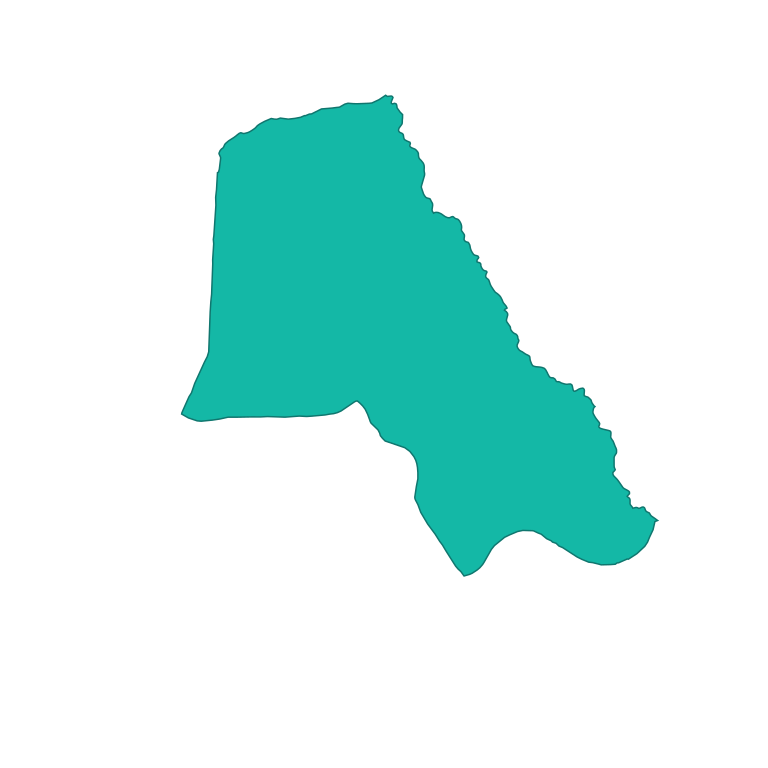 Joyabaj, Quiché, Guatemala, rotated 233°
{"feature_id": "79465075B91239548931928", "entity_name": "Joyabaj", "entity_type": "district", "adm_level": 2, "iso_a3": "GTM", "parent_name": "Guatemala", "parent_adm1": "Quiché", "projection": "robinson", "projection_center": [-90.834, 15.008], "detail": "fine", "context": "isolated", "style": "filled", "palette": "teal", "viewbox_px": 768, "rotation_deg": 233, "n_neighbors": 0, "source": "geoboundaries", "source_scale": "gbopen_adm2", "svg_char_len": 6166}
<svg xmlns="http://www.w3.org/2000/svg" viewBox="0 0 768 768"><g transform="rotate(233 384 384)"><path d="M118.6,440.2L115.8,443.1L110.9,447.1L108.9,448.6L103.4,456.3L100.9,460.2L100.8,462.6L100.0,463.8L97.9,472.8L97.0,473.8L96.3,483.9L97.4,494.5L99.1,499.3L101.8,503.8L105.7,511.2L111.1,517.6L110.3,520.4L113.4,519.5L117.6,518.1L118.7,518.0L121.3,518.3L123.8,517.0L124.6,516.8L125.6,516.8L128.0,517.5L128.7,517.5L129.9,516.9L130.5,515.6L130.8,513.8L131.3,512.6L132.4,512.1L133.2,511.6L133.9,510.7L135.0,508.0L136.0,508.2L139.2,508.1L140.4,508.5L143.0,510.5L144.1,511.1L145.4,511.2L146.7,510.7L148.0,510.6L148.5,513.1L148.6,514.0L150.0,515.0L151.0,515.0L152.4,514.5L156.1,512.8L157.5,512.5L164.5,512.8L167.5,512.8L172.3,512.2L173.7,512.4L174.6,512.8L175.6,513.6L176.0,516.0L176.4,517.1L179.0,517.8L180.4,518.7L186.8,523.5L187.8,524.9L188.9,527.9L189.6,528.7L191.5,530.1L193.2,530.7L194.8,531.0L199.4,532.3L200.7,532.6L202.3,532.6L204.8,532.9L205.6,533.4L206.3,534.1L208.3,535.8L209.3,536.3L210.6,536.2L211.7,535.4L216.2,531.7L218.1,530.3L218.9,529.9L220.0,529.7L221.0,530.1L221.7,531.5L222.6,532.4L223.8,532.7L228.9,532.6L231.4,532.8L234.5,533.3L235.6,533.8L236.5,534.5L238.3,536.5L238.9,537.7L239.0,538.9L240.2,538.6L243.3,538.7L244.7,539.0L246.0,539.5L246.8,539.7L247.6,539.6L250.4,539.1L251.2,538.7L252.8,537.5L254.2,536.9L255.3,537.6L258.0,540.0L259.2,540.6L260.4,540.6L261.1,540.2L261.8,538.9L262.2,538.1L262.7,536.4L262.9,534.0L263.3,532.1L264.0,531.4L265.3,531.4L269.1,533.2L270.4,533.5L271.7,533.0L272.6,531.8L273.5,530.2L274.2,529.3L275.3,528.3L278.0,526.3L279.9,525.5L280.8,524.8L281.4,523.9L282.3,523.2L284.0,523.4L285.3,523.5L287.1,522.8L288.1,521.6L289.1,520.8L289.9,520.5L290.6,520.5L291.5,520.6L293.6,520.9L294.7,521.2L297.6,521.6L298.5,521.7L300.2,521.4L302.2,520.1L303.7,518.7L306.3,515.8L307.7,514.6L309.1,513.8L310.9,513.9L314.2,514.8L315.8,515.5L317.8,516.7L318.7,516.9L320.4,516.3L322.6,515.1L326.5,513.8L327.9,513.1L329.3,512.5L331.6,512.4L333.1,512.7L334.2,513.1L335.1,513.9L336.8,516.9L337.4,517.7L338.2,518.1L339.2,518.2L340.3,518.6L341.2,519.2L342.1,519.5L343.1,519.6L344.4,519.4L345.8,518.6L347.3,518.1L348.3,517.9L349.9,517.9L350.7,517.9L352.0,518.3L353.1,519.0L354.0,519.3L359.8,519.5L360.9,519.9L361.9,520.8L364.7,524.4L366.1,525.2L368.2,525.2L370.5,524.6L370.9,525.8L370.7,526.6L370.6,528.0L372.7,528.4L376.8,528.2L377.7,528.3L380.2,529.0L383.2,529.5L384.9,529.5L386.7,529.2L388.6,528.7L390.0,528.2L390.8,528.1L392.7,528.1L397.4,528.4L399.5,528.8L403.4,530.1L404.6,530.3L405.8,529.9L407.5,529.6L408.5,529.8L409.4,530.5L410.1,531.3L411.4,533.6L412.4,533.7L414.5,532.2L415.4,531.9L416.8,531.8L418.4,532.0L419.9,532.4L421.6,533.5L422.6,533.6L423.6,533.2L424.6,532.3L425.7,531.8L426.8,532.7L427.4,533.8L427.6,535.0L428.1,535.8L429.6,536.0L430.8,535.2L432.4,533.9L433.7,533.5L435.8,533.6L438.0,533.9L440.2,534.6L442.8,535.9L443.6,536.2L445.8,536.5L446.6,536.4L447.8,535.4L448.9,534.8L450.4,534.7L451.4,535.0L453.6,537.2L454.6,537.9L455.9,538.1L459.7,538.2L460.6,538.6L461.4,539.4L462.5,540.4L463.8,541.2L465.3,541.8L466.5,542.1L468.5,542.4L470.4,542.3L471.3,542.0L473.0,540.7L474.4,540.2L475.5,540.1L476.3,539.7L476.8,538.7L477.4,536.2L478.6,534.9L480.8,533.6L484.9,532.3L485.9,531.9L488.3,530.5L489.7,529.0L490.4,527.7L490.6,526.4L493.0,526.6L494.2,527.2L497.3,530.3L498.6,531.2L499.7,531.5L501.4,531.7L504.0,532.2L505.0,531.7L505.9,530.9L507.2,530.0L508.2,529.7L509.7,529.7L511.8,529.9L516.7,531.5L518.9,532.3L520.0,533.6L524.2,539.2L525.7,541.2L526.5,542.2L527.8,543.2L529.1,543.8L530.6,544.7L532.9,546.6L534.3,547.5L535.5,548.0L537.1,548.3L540.1,548.2L542.5,547.9L543.9,548.1L545.5,548.9L547.6,550.3L549.1,550.6L551.3,550.5L552.9,550.1L555.6,548.5L557.1,547.8L558.0,547.7L559.0,548.1L560.1,549.7L561.4,550.2L564.2,548.6L566.2,547.7L567.5,547.5L569.0,548.1L571.2,549.3L572.1,549.5L573.2,549.3L575.6,548.0L576.8,547.9L577.9,548.3L578.5,548.9L579.2,549.8L579.9,551.9L580.3,553.3L580.9,555.0L582.0,556.1L583.8,557.5L585.3,558.9L588.0,561.0L589.3,560.8L591.5,560.5L595.8,560.6L596.9,560.7L598.1,561.5L599.4,562.1L600.3,562.3L601.7,561.5L602.1,560.7L602.5,559.4L603.6,558.8L604.5,559.2L605.2,560.0L606.7,562.5L607.4,563.6L608.5,563.7L609.4,563.3L610.1,562.4L610.9,561.0L611.8,559.6L613.6,559.1L614.1,551.0L615.7,543.5L617.1,541.1L623.9,531.3L626.1,528.5L629.9,524.2L631.1,521.2L631.9,515.0L633.6,512.2L635.5,508.8L641.3,499.6L643.3,488.7L644.5,486.8L645.6,482.6L646.2,482.0L647.2,477.9L649.7,472.8L653.1,467.0L658.8,461.2L659.9,457.8L661.4,456.0L663.9,453.7L665.6,446.8L666.4,441.5L666.5,439.7L666.5,438.2L666.0,435.8L665.9,434.6L666.0,431.5L666.3,428.4L666.8,426.4L668.0,423.5L668.7,422.4L670.8,420.9L671.3,419.3L671.3,416.6L671.2,415.4L671.2,412.7L671.7,406.2L671.5,402.7L671.3,401.4L670.8,400.3L669.9,398.8L669.4,397.2L669.5,395.7L669.0,393.5L667.8,391.4L667.2,390.8L663.4,389.9L662.4,389.2L654.6,381.7L652.8,379.3L653.0,378.2L639.9,367.1L634.4,361.9L627.9,357.3L605.0,337.5L602.2,334.7L598.5,332.4L593.6,328.2L586.3,321.9L583.1,319.6L563.2,303.4L559.5,300.4L553.9,295.2L546.1,288.5L515.2,263.4L512.2,259.3L509.6,253.9L498.4,233.2L492.8,224.9L491.2,220.6L484.4,208.3L482.6,205.2L481.8,204.3L474.6,207.4L467.0,212.6L464.3,215.6L458.4,225.3L454.8,231.9L451.3,239.6L445.5,247.3L437.3,258.6L432.2,265.3L428.1,271.4L417.1,285.0L409.4,297.0L404.6,302.7L401.6,307.3L394.7,318.4L392.7,322.4L390.6,326.0L389.2,329.5L388.3,333.4L387.5,349.6L387.3,350.9L386.7,352.3L385.7,352.7L382.9,353.3L379.2,353.8L375.2,353.8L369.7,352.7L363.7,350.9L362.3,350.4L360.5,350.1L351.0,351.6L347.4,351.0L344.9,350.0L341.6,350.1L337.8,350.6L320.6,362.3L314.6,364.1L308.0,364.2L304.1,363.5L300.7,362.3L297.2,360.5L292.8,357.7L287.9,354.0L282.7,348.2L275.1,340.5L273.7,339.7L272.2,339.3L267.3,338.5L259.3,336.1L245.9,334.6L233.3,334.5L224.9,333.8L220.3,333.8L213.0,333.0L195.5,331.6L191.6,331.8L188.0,332.5L182.5,332.4L180.4,337.9L179.8,340.6L179.4,346.5L179.6,350.0L180.5,354.2L181.4,356.6L187.3,370.3L188.5,375.0L189.0,388.0L187.9,393.6L185.8,401.9L183.5,406.8L177.0,414.9L172.3,417.4L169.4,419.2L162.6,420.8L158.1,423.2L156.4,423.4L153.2,425.6L149.3,426.2L145.9,428.2L129.7,434.1L124.9,436.5L118.6,440.2Z" fill="#14b8a6" stroke="#0f766e" stroke-width="1.5"/></g></svg>